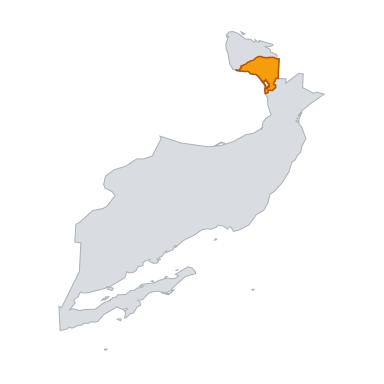 location of Campeche within Mexico, rotated 273°
{"feature_id": "MEX-2722", "entity_name": "Campeche", "entity_type": "State", "adm_level": 1, "iso_a3": "MEX", "parent_name": "Mexico", "parent_adm1": "", "projection": "equal_earth", "projection_center": [-91.225, 19.313], "detail": "fine", "context": "in_parent", "style": "filled", "palette": "amber", "viewbox_px": 384, "rotation_deg": 273, "n_neighbors": 0, "source": "natural_earth", "source_scale": "10m", "svg_char_len": 8078}
<svg xmlns="http://www.w3.org/2000/svg" viewBox="0 0 384 384"><g transform="rotate(273 192 192)"><path d="M46.7,67.5L71.1,65.1L69.7,67.8L106.8,83.7L135.4,83.7L135.8,77.6L153.6,77.7L156.4,82.0L168.3,93.8L170.8,103.7L172.9,107.5L184.3,115.3L188.1,112.3L191.3,105.0L194.8,103.4L203.2,104.7L210.0,112.8L214.3,124.5L222.2,135.2L222.5,142.0L225.9,150.4L243.7,158.4L246.1,157.1L240.3,179.0L238.0,205.3L238.7,211.0L243.3,218.7L242.3,222.8L242.6,218.6L238.8,212.2L239.9,218.1L244.5,230.7L252.1,242.7L253.8,250.2L259.1,257.8L257.6,257.6L260.7,259.5L259.7,258.4L265.4,259.3L269.5,262.0L273.0,266.9L282.7,263.2L289.8,262.6L294.5,259.7L299.5,259.1L300.5,260.2L300.1,261.8L304.1,262.8L306.9,260.4L306.2,256.5L304.8,257.4L305.2,256.6L312.6,250.0L313.1,244.7L315.2,241.6L315.3,232.9L316.6,226.5L322.2,222.8L332.1,220.8L336.5,218.6L341.3,218.1L349.3,220.3L349.9,218.9L347.8,218.9L350.5,217.9L353.8,220.7L354.4,224.5L352.8,229.7L347.6,237.5L347.5,242.8L344.9,246.0L345.3,247.2L347.7,246.8L345.2,250.0L345.3,251.4L346.9,251.0L343.8,264.2L343.0,265.4L341.3,262.4L340.9,257.4L338.5,262.6L336.1,263.0L333.2,269.8L329.7,269.7L329.4,272.0L309.9,271.9L309.9,280.0L305.5,280.0L316.1,292.4L315.7,296.9L302.0,297.0L296.9,308.4L298.3,311.3L296.6,318.9L286.6,305.9L278.7,297.2L273.8,293.9L273.2,294.7L277.8,297.7L270.7,295.1L271.2,293.0L269.3,293.9L268.2,292.0L266.9,294.0L269.2,295.0L265.7,295.4L262.1,298.4L250.9,303.0L243.7,299.3L237.6,298.5L233.6,295.0L229.5,293.6L227.0,290.3L217.1,287.7L204.9,280.8L197.0,274.3L193.7,269.9L185.4,268.4L177.6,264.7L172.8,257.5L162.1,250.6L156.6,241.2L154.8,235.4L159.2,232.6L158.6,230.2L156.7,229.4L159.7,225.0L160.2,219.7L157.9,217.9L155.8,212.7L156.0,207.9L154.6,203.7L148.5,195.7L143.3,186.1L135.1,177.8L137.5,179.4L137.7,177.6L133.2,175.9L130.1,169.3L132.5,169.6L126.0,165.2L125.1,163.0L122.6,163.8L122.2,162.8L124.2,160.3L120.9,162.2L119.1,160.4L118.9,156.1L121.4,152.4L122.2,153.1L120.8,149.2L118.8,146.8L116.0,146.9L114.3,141.7L110.9,140.5L109.0,138.3L107.8,133.7L108.9,130.9L102.9,129.4L93.2,115.0L92.8,111.6L91.3,110.5L85.7,92.8L85.5,87.5L86.3,85.7L80.7,83.5L79.5,80.6L77.7,79.6L75.5,81.3L68.0,76.0L69.2,79.4L67.7,86.0L69.1,91.3L69.8,101.4L77.2,110.3L79.4,116.3L80.6,116.0L81.1,117.8L82.3,118.0L83.2,122.0L85.4,123.2L86.2,131.4L90.1,135.5L91.2,140.2L93.0,141.7L94.2,147.2L95.8,148.5L95.0,144.4L97.2,146.8L99.3,159.5L101.8,163.2L104.9,172.3L104.2,176.2L104.8,179.7L107.7,183.0L108.9,179.6L117.1,191.7L116.1,196.2L112.5,199.6L110.6,199.9L107.4,190.0L94.3,176.7L93.0,176.9L90.5,172.7L90.0,169.9L91.2,163.7L90.3,157.8L88.4,153.6L82.1,148.5L81.0,143.5L79.7,145.6L76.3,146.6L74.0,143.2L68.0,139.7L67.2,136.8L62.9,132.6L62.5,131.2L67.3,132.0L70.1,130.7L70.0,132.1L72.3,133.4L71.6,130.1L70.6,129.9L73.3,123.1L65.1,110.5L58.1,105.0L56.9,102.2L57.2,97.5L55.5,96.0L55.3,90.8L53.1,88.5L53.0,85.4L50.2,80.5L49.8,78.2L50.9,76.7L48.8,74.7L46.7,67.5ZM92.7,115.2L91.8,118.4L89.4,117.4L90.7,112.5L92.1,112.0L92.7,115.2ZM83.0,114.6L79.8,111.1L79.2,107.5L80.8,108.7L81.1,110.7L82.8,111.2L83.0,114.6ZM352.7,236.5L351.9,235.4L352.3,233.9L354.5,232.6L352.7,236.5ZM90.4,176.8L88.1,173.4L89.9,166.5L89.2,172.7L90.4,176.8ZM61.4,128.0L59.6,127.6L61.1,123.9L61.7,126.6L61.4,128.0ZM30.9,116.1L29.5,113.8L29.9,112.7L30.4,112.8L30.9,116.1ZM92.5,176.9L93.8,179.6L90.8,177.0L92.5,176.9ZM146.6,218.0L146.3,219.2L145.5,218.7L145.2,216.8L146.6,218.0ZM106.0,169.9L106.5,172.0L104.9,169.3L106.0,169.9ZM100.7,156.0L101.5,156.9L100.1,158.9L100.7,156.0ZM98.4,258.7L97.8,259.0L96.9,258.2L97.7,257.0L98.4,258.7ZM302.9,259.2L301.2,259.7L304.1,258.5L302.9,259.2ZM113.7,181.9L112.8,181.6L112.8,179.6L113.7,181.9Z" fill="#d9dde1" stroke="#a8b0b8" stroke-width="1"/><path d="M329.5,270.0L329.4,270.7L329.4,272.0L327.1,272.0L324.7,272.0L322.4,272.0L320.0,272.0L317.7,272.0L315.4,272.0L313.0,272.0L310.7,272.0L310.2,272.0L309.9,272.2L309.9,271.4L309.9,270.7L309.9,270.0L309.9,269.8L309.3,269.7L309.0,269.7L308.7,269.7L308.4,269.6L308.2,269.3L308.0,269.2L307.8,269.2L307.6,269.2L307.4,269.2L307.2,269.2L306.8,268.8L306.6,268.7L306.3,268.4L306.1,268.3L305.9,268.3L305.7,268.2L305.3,268.1L305.1,268.0L304.9,267.9L304.6,267.9L304.4,267.8L304.1,267.8L303.8,267.8L303.6,267.9L303.5,268.0L303.4,268.3L303.4,268.5L303.4,268.8L303.4,269.2L303.3,269.6L303.2,269.9L303.1,270.0L302.6,270.0L302.1,270.0L301.5,270.0L301.0,270.0L300.7,270.0L300.3,269.8L300.0,269.5L299.7,269.3L299.6,269.2L299.5,268.7L299.3,268.6L299.1,268.5L299.0,268.4L298.8,268.3L298.7,268.2L298.4,268.0L298.2,267.7L297.7,267.2L297.5,266.9L297.5,266.4L297.5,265.8L297.6,265.3L297.6,264.7L297.6,264.0L297.6,263.4L297.6,262.7L297.1,262.7L296.6,262.8L296.1,262.8L295.6,262.7L295.5,262.8L295.4,262.8L295.3,262.7L295.2,262.7L294.9,262.4L294.8,262.1L294.7,261.8L294.6,261.4L294.6,261.1L294.4,260.8L294.3,260.6L294.1,260.3L294.0,260.1L294.9,259.7L296.1,259.7L297.2,259.5L298.6,259.3L299.4,259.4L299.8,259.5L300.0,259.9L300.6,260.4L300.7,260.6L300.6,260.8L300.4,260.9L300.5,260.7L300.3,260.8L300.2,260.8L299.9,260.8L299.8,260.6L299.8,260.3L299.7,260.3L299.5,260.6L299.4,260.6L299.1,260.6L299.3,260.7L299.3,260.8L299.2,260.9L298.9,260.9L298.8,260.7L298.8,260.8L298.9,261.0L298.7,261.2L298.7,261.4L298.6,261.5L298.9,261.3L299.1,261.5L299.3,261.6L299.5,261.5L299.8,261.8L300.0,261.9L300.2,262.0L300.4,262.1L300.1,261.8L299.8,261.6L299.6,261.3L299.5,260.8L299.7,261.0L299.8,261.1L300.0,261.2L300.1,261.3L300.4,261.5L300.5,261.6L300.5,261.8L300.4,261.7L300.4,261.8L300.5,262.0L300.9,262.1L301.0,262.3L301.0,262.5L300.7,262.9L300.7,263.1L300.8,263.3L301.0,263.6L301.2,263.8L301.3,263.8L301.4,263.6L301.4,263.4L301.3,263.2L301.2,262.9L301.3,263.0L301.5,263.1L301.5,262.9L301.4,262.7L301.3,262.3L301.6,262.5L302.3,262.7L302.6,262.9L302.8,262.8L303.3,263.0L303.5,263.0L304.0,262.9L304.3,262.8L304.5,262.7L304.5,262.9L304.6,263.0L304.8,262.8L304.7,262.4L304.7,262.2L304.6,262.3L304.5,262.5L304.4,262.5L304.1,262.7L304.4,262.1L304.5,262.0L304.7,261.8L305.3,261.6L305.6,261.3L305.8,261.4L306.0,261.4L306.2,261.2L306.3,261.1L306.6,260.5L306.6,260.4L307.0,260.5L307.2,260.4L307.3,260.3L307.7,260.1L307.9,259.9L307.7,259.9L307.3,260.1L306.8,260.2L306.6,260.3L307.0,259.3L307.0,258.8L306.8,258.4L306.6,258.2L306.4,258.1L306.2,258.2L306.2,258.3L305.9,258.3L305.6,257.8L305.4,257.7L305.6,257.4L305.8,257.1L306.0,256.8L306.5,256.6L306.8,256.3L307.1,256.0L307.3,255.7L307.0,255.7L306.4,256.4L305.7,256.9L305.4,257.2L305.4,257.5L305.0,257.7L304.9,257.8L304.7,257.8L304.5,257.7L304.7,257.3L305.2,256.8L305.9,256.3L306.8,255.5L308.1,254.8L309.0,253.8L309.2,253.7L309.7,253.4L310.5,252.7L311.3,251.4L311.6,251.2L311.9,251.0L312.3,250.7L312.5,250.2L312.7,249.7L312.8,246.9L312.9,246.3L313.0,246.1L312.9,245.7L312.9,245.3L313.0,244.9L313.2,244.3L313.4,243.9L314.0,243.4L314.9,242.5L315.3,241.9L315.4,241.3L315.5,241.1L315.5,240.9L315.4,240.6L315.1,239.9L315.1,239.7L315.1,239.3L315.1,238.2L315.2,237.5L315.2,236.7L315.2,236.4L315.3,235.6L315.4,235.0L315.2,233.9L315.2,233.3L315.4,232.1L315.5,230.7L315.6,230.3L316.2,229.4L316.3,229.1L316.3,229.6L316.2,233.1L316.4,233.5L316.9,233.5L317.4,233.5L317.9,233.6L318.2,234.0L318.3,234.5L318.6,234.8L318.8,234.7L319.0,234.6L319.2,234.8L319.4,235.0L319.7,235.0L319.9,234.4L320.2,234.2L320.6,234.9L320.8,235.3L320.8,235.7L321.0,236.2L321.1,236.5L321.8,237.0L322.1,237.9L322.4,238.9L322.9,239.6L323.7,239.9L324.3,240.6L325.1,242.4L325.7,243.1L326.2,244.0L326.3,245.0L326.6,245.8L327.0,246.6L327.6,247.2L328.3,247.8L329.6,249.3L330.6,250.9L330.9,252.0L330.8,252.8L330.8,253.9L330.8,254.1L330.8,254.6L330.6,254.9L330.2,255.6L330.2,256.7L329.9,259.5L330.0,260.3L330.3,260.9L330.4,261.7L330.3,261.9L330.3,262.1L330.6,262.3L330.6,262.6L330.5,262.9L330.4,263.3L330.6,264.5L330.7,265.5L330.7,266.4L330.5,267.3L329.6,268.7L329.5,268.9L329.5,270.0ZM303.4,258.3L303.9,258.0L304.1,258.0L304.3,258.4L304.2,258.6L303.9,258.7L303.8,258.8L303.7,258.8L303.7,258.7L303.8,258.6L304.0,258.5L303.8,258.5L303.4,258.7L303.2,258.7L302.8,259.4L302.5,259.8L302.1,259.9L302.4,259.4L301.8,259.8L301.5,260.0L301.2,260.1L300.9,260.1L300.9,259.9L301.1,259.7L301.7,259.4L302.0,259.3L302.5,258.9L303.0,258.5L303.4,258.3Z" fill="#f59e0b" stroke="#b45309" stroke-width="1.5"/></g></svg>